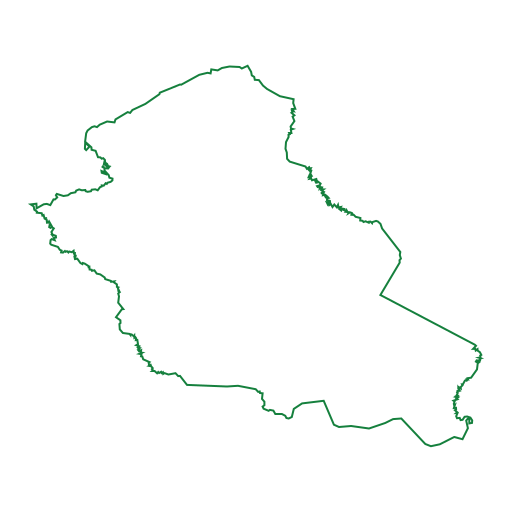 Mamberamo Raya, Papua, Indonesia (orthographic projection)
{"feature_id": "22746128B39960960221771", "entity_name": "Mamberamo Raya", "entity_type": "district", "adm_level": 2, "iso_a3": "IDN", "parent_name": "Indonesia", "parent_adm1": "Papua", "projection": "orthographic", "projection_center": [137.649, -2.444], "detail": "fine", "context": "isolated", "style": "outline", "palette": "green", "viewbox_px": 512, "rotation_deg": 0, "n_neighbors": 0, "source": "geoboundaries", "source_scale": "gbopen_adm2", "svg_char_len": 6000}
<svg xmlns="http://www.w3.org/2000/svg" viewBox="0 0 512 512"><path d="M293.6,99.2L279.9,96.2L267.1,89.0L263.0,85.6L258.9,80.1L254.8,79.8L254.2,76.9L251.8,75.4L251.1,71.8L247.6,65.8L241.8,68.5L239.6,67.0L229.5,66.5L221.9,68.0L217.7,70.4L211.3,69.4L210.6,73.4L207.5,72.8L199.3,74.8L181.2,84.7L180.0,84.5L159.8,92.7L159.4,94.2L145.4,103.9L132.4,110.0L130.1,112.9L127.7,112.1L115.5,119.4L114.5,122.4L107.1,121.5L99.7,124.7L97.0,127.1L94.5,126.3L91.9,127.1L87.6,130.5L86.2,133.2L85.1,141.7L91.4,147.3L91.6,149.8L95.6,150.8L98.0,157.2L100.4,157.4L101.7,158.7L103.2,158.2L104.9,159.9L105.2,162.6L107.1,163.9L108.1,166.1L109.6,166.5L108.1,168.5L104.5,168.2L104.5,170.5L108.7,175.1L109.4,177.7L112.5,178.6L112.4,180.4L110.6,181.9L107.6,182.7L106.8,183.9L105.7,183.2L103.7,185.7L101.7,185.4L101.7,186.5L100.0,187.2L97.7,190.3L95.3,189.3L91.7,189.7L91.0,191.2L87.6,191.8L85.7,191.2L85.3,190.0L81.9,190.3L79.1,189.4L76.2,190.6L75.4,192.3L70.8,193.2L67.9,195.3L63.5,196.0L56.8,193.9L55.9,195.2L57.2,197.4L54.9,199.5L53.5,199.4L50.3,205.1L46.8,203.9L43.7,204.3L36.6,208.3L36.4,203.7L30.7,204.4L33.7,206.4L34.3,209.7L37.0,211.6L36.8,212.7L41.7,213.2L42.4,215.6L43.6,215.0L44.5,218.3L45.8,218.2L45.5,219.1L46.6,219.5L47.0,222.7L47.9,222.6L47.5,221.5L48.6,222.4L49.1,221.5L51.3,225.4L49.6,225.1L49.2,227.1L50.5,227.9L51.8,227.1L53.8,228.4L51.4,232.0L52.2,233.7L51.6,234.4L52.8,235.8L53.5,235.0L55.8,235.8L56.0,237.5L53.8,238.0L54.7,240.2L51.7,239.1L50.6,240.1L50.2,243.6L51.2,244.7L57.9,246.9L59.8,249.8L61.6,250.6L61.1,252.4L63.0,252.6L64.9,251.0L65.6,251.8L67.0,251.2L68.4,252.5L69.2,251.5L71.8,252.2L73.6,250.8L73.9,253.4L74.9,253.2L74.7,255.3L75.7,255.6L75.5,256.8L74.5,256.9L75.0,259.1L77.3,258.7L80.4,263.0L82.4,264.1L82.8,263.0L84.7,263.6L88.4,266.0L88.6,267.1L89.4,266.8L89.6,269.5L91.7,269.8L92.0,270.8L94.4,270.3L96.7,273.6L100.3,274.4L104.7,277.5L105.2,279.1L110.9,280.9L111.1,281.8L114.2,281.4L113.6,282.1L116.9,284.4L116.9,286.8L118.2,287.3L117.7,287.7L119.1,290.8L118.3,290.4L118.4,291.1L119.6,292.1L118.2,293.5L119.0,296.3L118.2,302.7L123.3,309.1L121.8,309.3L116.0,317.2L120.4,320.3L120.5,323.0L119.4,324.0L119.8,329.4L122.9,333.0L129.5,333.9L130.3,334.9L130.3,334.2L131.7,334.5L133.8,336.3L134.3,335.6L134.4,337.8L135.4,337.2L136.1,338.2L135.8,340.1L137.3,339.9L138.0,344.2L136.3,345.2L139.2,346.2L138.0,347.3L139.8,348.0L138.5,348.8L139.4,349.8L138.2,350.1L139.1,351.3L141.1,350.3L140.8,352.5L142.0,352.7L139.4,353.8L141.5,354.2L141.0,356.3L142.3,356.5L143.2,359.3L149.5,362.1L148.7,362.8L149.0,364.8L151.4,364.6L149.1,365.9L151.2,366.3L152.7,368.1L151.9,369.1L153.0,370.3L152.2,371.0L154.6,371.0L157.1,373.3L158.2,372.0L159.1,373.0L161.1,371.8L161.6,373.0L162.9,372.2L163.2,373.9L164.5,373.1L168.4,374.5L175.5,373.2L178.2,376.1L180.0,375.9L187.0,384.9L226.9,386.5L238.0,385.8L255.7,389.2L258.2,391.9L259.7,391.5L260.0,393.0L262.6,393.3L262.0,398.9L264.4,401.7L264.4,405.2L262.6,406.6L263.6,408.7L268.6,410.8L269.9,409.9L273.4,410.6L275.3,414.0L281.9,414.0L285.3,415.8L286.4,418.0L288.7,418.5L291.8,417.0L293.8,408.9L302.1,403.4L323.7,400.8L333.9,424.7L339.0,427.0L351.1,426.0L369.0,428.5L385.2,423.0L393.1,419.1L401.3,418.5L425.3,444.0L430.9,446.2L439.8,444.3L454.2,437.0L462.5,439.2L467.9,428.2L466.2,420.6L467.6,418.9L469.3,418.9L469.3,423.4L472.0,422.9L472.2,420.4L470.4,417.6L467.1,416.5L464.6,416.8L462.6,419.8L460.6,420.1L459.7,417.9L457.0,418.2L456.2,416.2L457.5,413.1L456.3,413.1L457.3,412.3L454.9,410.2L456.1,409.4L456.0,407.8L453.9,408.0L454.9,404.9L454.2,405.4L453.8,403.8L454.6,401.5L453.5,400.7L457.4,399.3L456.4,398.6L457.7,397.6L456.1,397.1L457.5,396.7L456.2,396.1L457.6,395.4L456.8,394.9L457.7,392.9L456.5,391.7L457.6,392.1L457.5,391.0L459.7,390.7L458.3,388.7L458.3,387.8L459.1,389.1L459.2,387.4L460.8,388.5L460.7,387.1L462.5,385.3L462.0,384.3L462.9,384.3L464.9,380.6L466.1,380.0L467.0,381.3L466.6,379.3L468.1,379.5L467.6,378.2L471.1,377.7L477.0,369.4L477.8,362.7L475.9,361.6L476.6,360.4L478.4,361.0L478.9,362.4L479.6,361.8L478.9,360.3L480.1,360.2L480.4,358.9L479.2,358.7L480.7,358.3L478.9,357.7L480.5,357.4L480.2,355.6L481.3,354.9L479.9,352.2L477.6,350.6L477.5,349.2L475.7,350.5L475.3,348.9L473.1,348.9L476.0,345.8L474.8,344.7L380.4,295.0L399.7,262.6L399.5,260.2L400.9,258.6L399.8,255.1L400.3,252.0L382.1,228.5L380.5,223.9L377.9,221.5L376.1,220.9L372.4,222.1L372.1,223.2L370.5,221.6L369.0,221.7L368.8,222.7L365.6,221.3L363.5,222.0L362.6,220.8L360.2,220.5L360.4,218.0L355.6,216.8L353.8,214.9L351.4,214.8L351.6,213.7L352.8,214.3L351.9,213.0L350.0,212.3L348.4,213.3L348.9,212.2L345.7,211.8L346.8,210.6L346.3,209.8L345.5,211.0L343.8,209.6L342.6,210.3L343.8,208.9L341.8,208.5L341.2,210.5L339.3,209.0L340.7,207.0L338.5,207.4L338.0,204.9L336.8,207.3L334.3,204.5L332.5,207.0L330.9,204.1L329.5,205.0L329.5,203.1L327.9,204.7L326.7,202.2L328.6,202.6L328.2,200.8L330.0,201.7L329.9,200.9L327.0,200.1L327.1,198.2L328.6,197.9L327.7,196.9L325.8,197.4L324.9,195.7L327.2,196.3L325.0,194.7L323.0,195.2L323.6,193.1L320.9,193.4L323.7,191.8L321.7,190.5L323.4,189.4L321.3,189.3L322.1,187.4L320.6,187.1L319.6,188.3L319.7,186.3L317.7,187.0L317.1,186.1L319.8,185.3L320.6,183.6L317.2,181.0L316.8,182.7L316.0,182.7L315.1,180.6L316.5,179.8L316.3,179.0L312.0,180.3L311.2,178.5L309.6,178.8L310.9,177.0L308.6,177.2L309.6,174.9L311.3,175.3L310.3,173.5L311.3,170.5L310.0,169.8L310.8,168.3L309.5,168.5L309.1,170.2L307.9,168.8L309.5,168.1L309.1,167.2L306.9,168.8L305.5,166.5L289.7,161.6L287.1,158.8L286.8,152.5L285.5,148.8L286.0,142.1L288.6,137.0L288.5,134.8L289.8,134.2L289.2,133.0L291.4,133.0L290.8,129.7L292.8,129.0L291.0,128.5L290.6,126.5L294.4,121.1L292.6,116.6L294.4,115.3L291.6,112.9L292.4,112.5L291.9,110.6L293.6,111.1L292.3,109.0L295.3,108.8L293.2,103.1L293.6,99.2ZM85.2,142.7L84.9,148.8L86.2,150.1L89.5,146.6L85.2,142.7ZM101.5,171.0L101.8,172.8L106.0,174.2L105.8,172.9L101.5,171.0ZM108.2,167.5L109.2,166.7L107.9,166.4L106.1,164.7L105.7,165.4L108.2,167.5ZM103.8,164.6L105.7,164.0L104.3,162.3L103.8,164.6ZM103.4,167.0L101.8,166.4L103.1,167.3L103.4,167.0Z" fill="none" stroke="#15803d" stroke-width="2"/></svg>